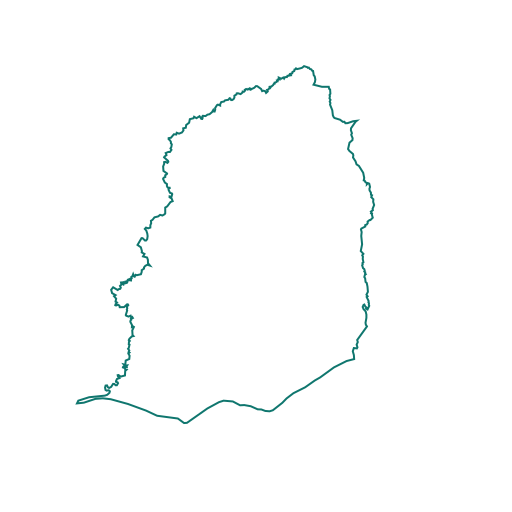 the district of Xuyen Moc, Bà Rịa - Vũng Tàu, Vietnam, rotated 18°
{"feature_id": "81297802B24499966976565", "entity_name": "Xuyen Moc", "entity_type": "district", "adm_level": 2, "iso_a3": "VNM", "parent_name": "Vietnam", "parent_adm1": "Bà Rịa - Vũng Tàu", "projection": "albers", "projection_center": [107.437, 10.63], "detail": "fine", "context": "isolated", "style": "outline", "palette": "teal", "viewbox_px": 512, "rotation_deg": 18, "n_neighbors": 0, "source": "geoboundaries", "source_scale": "gbopen_adm2", "svg_char_len": 6082}
<svg xmlns="http://www.w3.org/2000/svg" viewBox="0 0 512 512"><g transform="rotate(18 256 256)"><path d="M140.0,199.5L141.7,203.7L145.9,205.0L145.9,205.7L144.7,207.3L145.3,208.9L144.0,210.1L143.8,211.4L146.6,214.3L149.1,215.1L149.6,216.9L150.5,217.9L151.5,218.2L153.5,217.5L152.0,219.1L152.5,220.2L154.7,222.5L156.7,222.5L157.2,223.0L157.3,225.9L155.4,226.0L155.6,226.8L158.0,227.4L159.8,229.6L158.0,231.1L156.2,236.3L154.7,238.0L156.5,243.5L156.2,244.5L154.5,246.4L152.1,246.5L150.7,248.6L147.5,250.6L146.4,253.6L145.2,255.0L146.2,257.3L146.0,259.2L146.7,261.6L144.9,263.0L142.6,263.0L141.9,264.6L143.8,265.7L145.7,268.3L146.8,270.6L147.3,273.6L146.7,275.2L145.7,275.6L142.6,274.1L141.6,274.4L139.9,282.1L143.8,283.3L146.0,286.6L146.2,287.9L149.3,288.5L148.7,291.3L152.9,291.1L154.4,293.1L155.5,296.2L158.1,297.9L155.4,297.9L153.8,299.5L153.0,301.5L153.4,302.6L151.7,304.8L152.2,306.4L152.2,308.9L148.6,311.1L147.3,311.1L147.0,313.2L146.2,313.1L144.8,311.3L144.7,313.3L143.9,314.5L144.6,315.4L142.8,317.0L144.6,317.3L144.7,317.9L141.4,318.4L141.2,319.8L140.4,320.3L141.7,320.4L141.6,321.3L140.3,322.3L138.9,322.3L138.8,324.1L136.9,323.7L137.0,322.4L135.8,322.9L136.9,324.8L135.9,326.5L137.2,327.9L137.0,329.2L135.5,330.1L135.0,331.1L129.8,329.9L128.7,332.9L130.6,335.8L134.5,336.6L133.4,338.1L136.2,339.8L136.5,342.8L138.2,343.2L137.3,345.4L137.4,346.3L138.2,346.3L139.9,345.0L141.4,345.4L142.2,346.8L146.3,345.4L148.3,341.8L149.0,341.6L149.7,342.2L148.8,344.3L149.7,345.4L149.7,347.0L150.3,347.6L150.4,352.4L151.0,352.9L153.5,353.0L155.2,351.5L156.5,353.4L157.2,352.3L158.0,353.0L156.4,354.2L157.1,355.1L156.6,356.0L156.8,357.4L159.4,360.0L159.9,361.8L160.7,360.9L161.8,361.2L161.3,365.0L163.0,369.3L164.2,370.0L162.7,370.9L161.2,373.8L161.0,375.3L162.2,375.8L161.7,376.9L162.3,379.3L163.1,379.4L163.4,382.8L163.0,383.8L164.7,385.0L164.5,386.8L165.5,387.0L164.8,388.3L166.6,389.9L167.3,393.1L164.4,395.7L165.3,399.9L163.7,400.0L164.8,400.8L167.3,399.8L167.0,400.9L167.4,401.6L164.7,402.0L163.9,402.4L163.9,403.1L166.0,403.2L166.6,404.2L168.0,404.2L167.1,405.7L168.3,410.1L164.6,412.5L162.0,411.7L161.3,412.1L161.8,413.0L163.8,414.4L161.8,415.9L161.5,418.3L161.7,418.9L163.4,418.9L164.1,419.6L163.6,421.9L162.5,422.3L160.8,421.5L159.6,421.8L158.7,425.2L157.1,426.9L155.7,426.6L154.3,425.1L153.0,425.7L153.1,427.8L154.3,429.9L155.5,430.2L157.4,429.2L158.8,429.8L158.9,431.4L157.4,434.0L155.4,435.5L140.9,441.9L131.7,448.5L131.3,451.5L137.6,448.7L147.4,441.5L154.2,438.7L162.1,437.1L179.9,436.3L199.2,437.0L211.3,438.5L231.9,434.7L239.2,437.1L241.9,436.0L256.9,416.0L266.0,406.4L269.9,403.6L278.9,401.5L287.0,402.9L290.9,401.4L297.4,400.5L305.0,401.3L308.5,400.3L312.7,400.5L316.9,399.5L319.7,397.5L326.4,387.5L329.1,382.0L334.0,374.9L343.3,365.7L350.5,356.1L354.5,351.7L364.6,337.8L374.6,327.9L381.2,323.7L379.7,320.0L377.5,316.7L377.5,313.3L380.5,312.7L380.7,311.5L379.1,309.2L379.4,306.4L378.2,304.6L383.3,288.7L381.7,287.4L380.8,285.7L380.1,280.7L379.1,277.6L377.4,274.8L374.7,273.3L373.2,271.5L373.4,269.3L374.0,268.7L375.6,270.3L376.9,270.8L376.9,272.0L378.6,272.4L379.1,268.4L378.4,267.7L378.0,265.9L377.2,265.3L377.1,264.1L373.9,260.8L374.6,259.8L373.0,258.7L373.5,255.5L371.5,250.7L369.7,247.5L368.2,246.8L366.7,243.5L365.5,242.5L365.4,240.3L366.0,239.4L365.2,239.0L364.9,237.7L363.8,237.3L363.9,236.3L363.0,235.0L361.6,234.5L359.8,232.0L360.1,231.1L359.4,229.8L360.1,228.8L358.4,225.8L357.9,223.6L356.8,222.5L357.5,220.8L354.1,218.9L353.3,212.1L349.9,204.4L349.1,200.6L347.6,198.3L347.7,197.4L350.8,194.2L350.3,192.9L351.6,191.8L352.1,190.2L351.5,188.8L352.9,186.7L353.7,186.5L355.2,183.5L353.4,180.8L353.3,179.9L352.2,179.8L352.3,178.6L351.6,178.2L353.0,176.3L352.3,175.1L352.6,171.0L350.7,168.3L350.1,165.8L347.4,164.4L347.6,162.4L346.4,162.2L345.7,160.2L343.8,158.6L343.1,157.1L343.1,155.1L341.3,152.2L340.0,152.1L339.3,153.5L339.0,152.2L337.4,152.1L336.1,150.8L335.1,150.8L334.8,148.3L332.2,143.7L326.0,138.5L323.3,137.8L321.4,135.2L317.8,132.3L317.5,130.3L316.7,129.0L312.3,127.2L310.5,125.8L309.9,119.3L311.9,116.0L311.5,114.1L309.1,111.3L309.3,109.6L307.4,107.1L306.9,105.2L309.2,97.5L310.0,96.3L306.6,97.9L302.1,101.3L300.0,102.1L298.6,101.0L297.2,101.6L293.8,100.4L288.1,100.5L287.2,100.1L285.7,98.6L283.5,93.8L279.6,89.1L279.5,87.5L278.4,86.4L278.6,84.5L277.2,83.4L276.9,81.1L276.2,80.2L276.6,78.7L275.0,74.7L273.9,74.4L272.9,72.6L266.5,74.7L257.8,75.3L258.3,72.4L257.9,69.8L256.3,67.0L255.1,66.3L253.1,62.4L252.3,62.5L250.9,61.4L249.5,61.5L248.0,60.5L247.1,61.0L246.6,60.6L243.0,60.6L241.8,62.6L240.5,63.6L237.4,65.5L236.1,65.2L235.9,66.2L235.0,66.7L235.2,68.3L233.8,69.7L234.0,71.1L232.5,72.1L233.4,73.3L232.6,73.7L231.8,73.1L231.4,74.5L230.2,74.9L230.1,76.3L228.3,76.9L227.9,78.6L226.8,77.8L225.2,79.6L222.8,79.3L223.5,80.4L222.7,80.3L222.9,81.4L222.2,81.6L222.5,82.9L221.8,82.9L222.1,83.5L221.4,84.5L220.1,85.4L220.5,86.3L219.7,86.9L219.5,88.1L218.3,90.0L217.0,90.7L217.7,91.2L217.5,92.1L216.7,92.3L216.4,93.7L215.2,94.6L216.3,95.9L215.2,97.8L213.8,96.4L211.9,96.5L210.9,97.3L209.3,95.6L204.7,94.1L203.4,94.5L202.4,96.5L200.2,98.6L198.7,98.5L199.1,99.5L197.0,99.4L196.7,100.3L195.0,100.2L194.0,101.4L194.5,102.0L193.9,103.4L192.5,103.7L192.7,104.6L191.3,106.8L188.5,106.8L187.4,107.3L187.5,108.4L185.9,110.2L186.5,112.0L186.2,113.7L185.1,115.1L184.2,115.4L182.9,114.1L182.1,114.1L181.5,115.9L178.4,117.6L177.8,119.0L175.4,120.3L175.0,122.9L175.4,124.0L173.0,123.8L172.3,124.5L171.4,127.9L172.0,129.5L172.0,131.4L171.2,131.6L170.2,130.4L169.7,132.8L168.0,135.5L166.1,136.6L164.8,138.5L162.1,139.1L161.8,140.0L162.6,141.1L162.5,142.3L161.6,142.5L159.1,140.5L156.8,143.3L154.1,142.7L154.0,144.3L150.8,146.3L151.2,149.9L149.1,153.0L149.6,155.7L147.3,157.1L148.2,159.0L147.4,161.4L145.0,163.4L142.5,163.3L142.6,165.1L140.3,165.6L138.6,169.8L136.5,170.9L136.8,171.9L138.5,172.6L139.9,173.9L140.2,175.1L141.4,175.8L141.8,178.6L141.4,180.1L142.8,181.2L142.0,183.7L140.5,184.1L138.3,186.0L139.7,187.7L138.2,189.8L138.1,190.6L142.9,192.7L143.5,193.5L143.0,194.8L140.8,194.4L139.6,195.1L140.2,196.7L140.0,199.5Z" fill="none" stroke="#0f766e" stroke-width="2"/></g></svg>